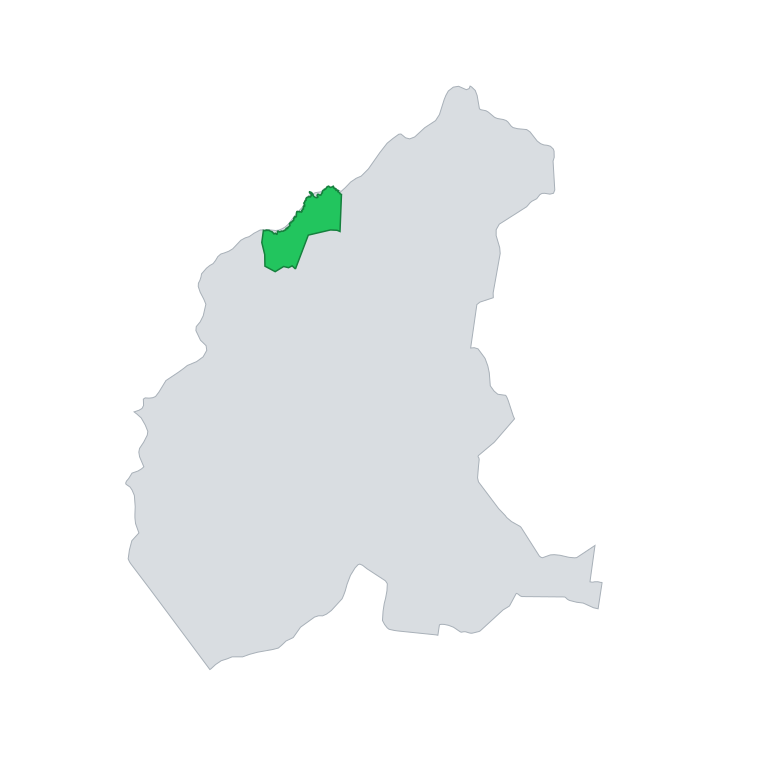 location of Tambura, Western Equatoria, South Sudan, rotated 98°
{"feature_id": "79223893B47853667167464", "entity_name": "Tambura", "entity_type": "district", "adm_level": 2, "iso_a3": "SSD", "parent_name": "South Sudan", "parent_adm1": "Western Equatoria", "projection": "mercator", "projection_center": [26.783, 6.031], "detail": "fine", "context": "in_parent", "style": "filled", "palette": "green", "viewbox_px": 768, "rotation_deg": 98, "n_neighbors": 0, "source": "geoboundaries", "source_scale": "gbopen_adm2", "svg_char_len": 9134}
<svg xmlns="http://www.w3.org/2000/svg" viewBox="0 0 768 768"><g transform="rotate(98 384 384)"><path d="M619.7,587.2L597.2,609.8L595.6,611.2L592.8,613.0L583.7,613.0L574.3,611.9L565.6,606.0L556.8,610.6L551.3,612.0L547.9,612.5L540.1,613.3L529.1,615.7L524.1,618.7L521.4,621.1L519.2,625.5L518.1,626.0L516.0,625.5L513.2,623.7L507.3,621.1L504.4,615.5L501.6,612.1L499.4,610.3L490.1,615.9L485.6,617.3L481.8,617.1L475.1,613.9L467.6,611.3L463.8,611.3L458.0,614.6L451.4,619.7L448.1,624.6L446.4,627.6L444.1,623.0L441.9,620.2L438.8,619.1L432.5,620.2L431.0,618.6L430.7,614.7L429.8,611.2L428.2,608.5L423.4,605.8L410.9,600.4L401.3,589.6L396.5,584.6L393.0,581.3L388.0,572.8L382.3,566.9L375.4,564.2L370.8,565.5L366.2,571.8L357.3,577.7L353.3,577.9L348.1,574.7L341.6,572.5L329.8,571.5L325.0,574.3L318.7,578.8L313.3,581.5L310.0,581.8L306.9,580.7L303.4,580.1L300.3,580.0L294.0,575.9L290.8,572.9L288.6,570.0L285.1,568.0L281.0,566.3L278.0,563.7L276.5,560.5L274.2,556.3L271.2,552.6L261.6,545.8L258.7,541.9L256.8,538.0L252.8,533.7L248.7,528.0L247.3,519.6L247.1,512.8L246.3,509.7L244.5,506.6L242.4,503.9L239.1,501.0L231.3,496.6L223.3,491.6L219.4,488.7L212.1,487.6L207.7,484.7L204.0,478.4L202.5,473.3L198.8,469.4L197.2,466.6L196.3,463.3L199.3,453.3L195.0,449.7L188.6,445.1L184.1,440.1L181.3,435.5L173.2,429.4L155.4,420.3L145.1,414.4L139.5,409.2L134.6,404.1L134.1,402.0L137.2,396.9L137.7,392.7L135.1,388.0L124.5,379.3L116.0,369.6L109.5,366.6L94.0,364.0L89.6,362.9L84.9,361.1L80.4,356.7L78.8,351.6L81.1,343.4L79.6,340.8L77.0,340.2L77.7,338.5L80.6,334.5L85.4,331.9L98.2,327.8L98.9,326.2L99.2,321.1L100.2,318.6L104.6,311.5L105.3,308.6L105.5,302.6L106.1,299.7L107.3,297.7L110.8,294.1L112.1,292.0L112.6,287.3L112.2,278.1L114.0,274.5L122.1,266.1L124.2,262.4L125.0,259.0L124.9,255.6L125.4,252.3L127.8,249.0L129.8,248.0L135.8,247.0L139.8,247.6L168.1,241.9L171.5,242.7L172.9,246.1L172.8,251.5L173.3,254.1L174.8,256.0L179.3,258.6L182.4,262.9L184.1,264.5L188.6,267.4L209.7,292.1L215.6,294.4L221.4,293.6L232.9,288.4L238.6,287.1L278.7,288.6L283.1,287.8L283.4,287.9L289.5,300.3L292.4,303.1L336.3,303.2L335.5,299.7L336.1,295.8L343.8,288.2L344.9,287.3L351.7,283.7L358.3,281.3L371.0,278.5L375.7,274.0L378.3,269.9L378.3,261.9L380.0,260.5L383.1,258.7L397.8,251.5L400.3,249.9L426.3,266.7L441.0,279.9L441.8,280.6L442.6,280.8L443.4,280.4L444.0,279.7L445.8,279.2L452.0,279.0L463.9,278.3L467.8,276.8L491.5,253.1L497.5,245.5L499.1,244.0L502.5,238.6L506.1,229.4L506.9,228.3L532.9,206.1L533.8,204.3L534.0,202.9L530.1,195.5L529.3,191.6L529.1,185.8L529.9,176.7L529.6,170.9L529.2,169.4L529.1,169.0L514.5,152.6L551.2,152.5L551.3,150.4L551.2,149.7L550.5,147.8L550.1,145.1L550.1,143.7L550.3,142.3L550.3,141.6L550.2,140.9L550.2,140.6L550.4,140.4L576.8,140.7L576.4,145.4L573.2,156.3L573.3,162.8L572.5,170.3L571.6,172.5L570.3,174.3L569.8,175.2L569.8,176.0L575.3,217.8L574.9,219.5L573.4,222.1L573.0,223.0L572.9,223.6L573.5,224.1L585.7,228.6L586.3,228.9L586.7,229.2L591.1,234.6L615.0,254.3L615.8,255.3L618.3,261.5L618.6,262.5L618.7,263.9L618.6,265.1L618.0,268.8L618.2,270.5L618.6,271.6L619.0,272.9L619.0,273.2L618.7,274.2L615.2,281.3L614.0,286.4L613.7,290.7L613.9,293.2L614.3,294.8L614.6,295.4L615.0,295.6L625.3,295.7L625.2,297.9L626.6,335.3L626.6,339.6L626.2,344.8L625.0,346.9L622.1,349.9L618.4,352.6L609.1,353.3L601.4,353.2L595.9,352.6L588.4,352.3L581.3,352.9L578.7,355.2L569.4,375.0L566.5,380.0L565.7,382.9L566.6,384.6L570.2,387.1L578.2,390.6L587.4,392.7L594.3,393.6L598.9,394.6L602.5,395.6L615.6,404.6L619.8,408.8L622.1,412.5L622.6,416.5L624.5,420.4L636.4,432.8L647.7,438.6L652.1,445.2L656.2,448.4L660.2,451.9L662.3,457.0L667.2,471.9L670.5,479.7L673.9,486.1L675.3,496.4L678.0,501.1L680.7,506.7L685.3,511.8L690.1,515.7L691.0,516.7L642.0,565.1L619.7,587.2Z" fill="#d9dde1" stroke="#a8b0b8" stroke-width="1"/><path d="M239.1,448.8L202.2,452.5L202.2,453.1L201.8,453.5L201.8,453.8L201.8,454.0L201.5,454.2L201.2,454.4L200.9,454.4L200.9,454.8L200.7,454.9L200.5,455.1L200.4,455.4L200.1,455.8L200.2,456.3L199.9,456.5L199.6,456.2L199.0,456.1L199.0,456.3L198.9,456.5L198.6,456.7L198.5,457.0L198.8,457.3L198.8,457.9L198.6,458.1L198.8,458.5L198.0,458.6L197.6,458.6L197.4,458.7L197.4,459.2L197.5,459.4L197.5,459.7L197.5,459.9L197.2,460.0L196.9,460.1L197.1,460.5L197.0,460.9L196.7,461.1L196.4,461.3L196.0,461.3L195.8,461.5L195.4,461.5L195.2,461.8L195.5,461.9L195.8,462.5L196.0,462.8L196.2,463.0L196.5,463.6L196.5,463.8L196.8,464.3L196.6,464.9L196.6,465.4L196.4,465.6L196.1,465.8L195.9,466.0L195.8,466.5L196.3,467.1L196.3,467.4L196.4,467.7L196.5,467.8L196.8,467.7L197.0,467.7L197.5,468.2L197.6,468.3L198.1,468.6L198.6,468.6L198.7,468.8L198.9,469.0L199.1,469.2L199.2,469.5L199.3,469.9L199.7,469.7L199.9,469.9L199.9,470.2L200.1,470.4L200.4,470.6L200.5,470.9L200.6,471.2L201.0,471.4L201.1,471.5L202.0,471.7L202.4,471.7L202.6,471.8L202.9,471.8L203.3,471.6L203.5,471.9L203.6,472.2L203.8,472.2L204.0,472.2L204.3,472.3L204.5,472.4L204.9,472.6L205.4,472.6L205.7,472.8L205.6,473.2L205.9,473.4L206.0,473.6L205.9,474.1L205.4,475.0L205.3,475.4L205.3,475.6L205.3,475.8L205.5,475.9L205.5,476.1L205.8,476.3L206.1,476.4L206.7,476.4L206.9,476.5L207.1,476.5L207.2,476.4L207.5,475.7L207.8,475.5L208.1,475.5L208.3,475.5L208.7,476.0L208.8,476.4L208.9,476.7L209.0,476.9L209.0,477.1L208.8,477.5L208.7,478.1L208.5,478.6L208.0,479.6L207.6,480.0L207.3,480.1L207.0,480.3L206.6,480.3L206.4,480.7L206.6,481.0L206.2,481.1L206.0,481.3L205.8,481.3L205.5,481.3L205.1,481.7L204.9,481.9L204.7,482.1L204.4,482.5L204.4,482.9L204.3,483.2L204.3,483.4L204.2,483.8L203.9,484.2L203.9,484.3L204.0,484.5L204.4,484.6L204.9,484.1L205.2,484.1L205.2,483.9L205.1,483.7L205.3,483.4L205.5,483.3L205.7,483.0L206.2,482.7L206.4,482.6L206.6,482.4L207.3,482.3L207.6,482.2L207.8,482.2L208.1,482.7L208.2,482.9L208.5,483.0L208.7,482.8L208.9,482.8L209.1,483.0L209.1,483.3L209.0,483.6L209.1,483.8L209.0,484.1L209.1,484.6L209.1,484.9L209.3,485.2L209.5,485.3L209.9,485.4L210.0,485.5L210.1,486.0L210.0,486.3L210.1,486.5L210.3,486.6L210.5,486.8L210.8,486.8L211.1,486.9L211.3,487.0L212.0,487.0L212.4,486.8L212.7,486.7L212.8,486.7L213.0,486.9L213.2,487.1L213.3,487.3L213.9,487.8L214.1,487.9L214.3,487.8L214.5,487.9L214.7,487.7L214.9,487.7L215.0,487.9L215.4,488.1L215.8,488.5L216.0,488.6L216.2,488.3L216.7,488.0L216.7,487.9L217.1,487.8L217.2,487.7L217.3,487.6L217.9,487.4L218.0,487.6L218.3,487.6L218.5,487.6L218.8,487.5L219.1,487.4L219.1,487.8L219.3,488.0L219.2,488.4L219.5,488.4L219.9,488.6L220.1,488.5L220.2,488.4L220.4,488.3L220.8,488.3L221.1,488.2L221.4,488.2L221.4,488.4L221.6,488.5L221.8,488.3L221.9,488.5L222.0,488.7L222.2,489.0L222.3,489.0L222.5,488.9L222.7,488.7L222.8,488.8L222.8,489.0L223.1,489.3L223.4,489.5L223.6,489.6L223.9,489.4L224.1,489.5L224.5,489.3L224.6,489.2L224.9,489.4L225.0,489.6L225.2,489.8L225.4,489.9L225.3,490.2L225.2,490.4L225.2,490.8L225.0,491.1L224.9,491.3L224.9,491.5L225.3,491.6L225.3,491.8L225.1,492.4L225.2,492.9L225.3,493.1L225.3,493.3L225.2,493.7L225.1,493.9L225.4,494.3L225.6,494.3L225.9,494.2L226.1,494.2L226.3,494.3L226.5,494.4L226.7,494.5L226.9,494.6L227.1,494.5L227.3,494.5L227.4,494.4L228.0,494.2L228.2,494.3L228.5,494.3L228.8,494.3L229.1,494.3L229.3,494.2L229.8,494.1L230.2,494.1L230.4,494.3L230.6,494.4L230.8,494.4L230.9,494.5L230.6,494.7L230.6,495.5L231.0,495.9L231.8,496.0L232.0,495.9L232.2,496.4L232.4,496.4L232.6,496.5L233.1,496.3L233.6,496.3L233.9,496.2L234.1,496.3L234.6,496.3L234.7,496.7L234.8,496.8L235.2,497.2L235.3,497.2L235.6,497.1L235.8,497.4L236.1,497.6L236.2,497.8L236.3,498.1L236.4,498.3L236.5,498.4L236.6,498.5L237.1,498.5L237.0,498.8L237.0,499.0L237.3,499.3L237.6,499.4L237.8,499.4L238.2,499.8L238.3,499.9L238.6,499.9L238.8,499.8L239.1,499.7L239.3,499.4L239.5,499.3L239.8,499.4L240.2,499.1L240.3,499.1L240.5,499.5L240.9,499.6L241.2,499.9L241.2,500.1L241.4,500.2L241.6,500.3L241.9,500.4L242.1,500.6L242.1,500.9L242.2,501.0L242.5,500.9L243.3,501.0L243.5,501.1L243.5,501.3L243.0,501.7L243.3,502.3L243.5,502.4L243.6,502.6L243.9,502.7L244.0,502.7L244.5,502.6L244.9,502.7L245.2,502.8L245.3,503.0L245.3,503.3L245.5,503.5L245.4,503.7L245.5,503.9L245.6,504.0L245.9,504.2L246.0,504.5L246.4,504.6L246.4,504.8L246.8,505.2L246.9,505.4L246.8,505.7L246.8,505.9L246.8,506.1L246.7,506.3L246.7,506.5L246.8,506.6L247.0,506.6L247.1,506.8L247.1,507.2L247.1,507.4L247.4,507.6L247.8,508.2L247.9,508.4L247.7,508.9L247.7,509.2L247.4,509.6L247.3,509.8L247.3,510.1L247.4,510.3L247.6,510.3L247.6,510.7L247.8,510.8L248.1,510.8L248.3,510.7L248.7,510.5L249.3,510.7L249.8,510.8L250.0,510.8L250.2,510.7L250.5,510.7L250.7,510.9L250.7,511.2L250.5,511.3L250.3,511.7L250.3,512.1L250.2,512.3L249.9,512.5L250.5,513.3L250.5,513.5L250.3,513.7L250.3,513.8L250.5,514.1L250.0,514.3L250.0,514.7L249.7,514.9L249.5,515.2L249.4,515.6L249.1,515.6L248.9,515.8L248.9,516.0L248.7,516.3L248.7,516.5L248.6,517.0L248.4,518.2L248.1,518.5L247.8,519.0L247.8,519.4L248.0,519.8L248.0,520.0L247.8,520.3L247.8,520.6L248.1,520.9L248.3,521.2L248.3,521.4L248.0,521.6L247.9,521.8L248.3,522.4L248.3,522.6L248.7,522.9L248.8,523.2L248.7,523.7L248.9,524.2L248.7,524.8L260.9,524.7L272.5,520.1L283.9,518.3L287.9,507.4L281.6,499.7L282.1,494.7L279.8,491.4L282.1,488.1L281.9,487.6L247.1,479.7L238.9,458.5L238.3,451.9L239.1,448.8Z" fill="#22c55e" stroke="#15803d" stroke-width="1.5"/></g></svg>